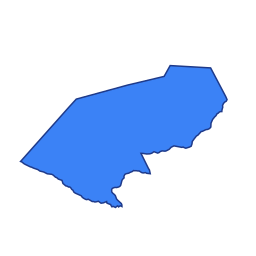 outline of Ipupiara, Bahia, Brazil, rotated 137°
{"feature_id": "56859067B89885481135396", "entity_name": "Ipupiara", "entity_type": "district", "adm_level": 2, "iso_a3": "BRA", "parent_name": "Brazil", "parent_adm1": "Bahia", "projection": "robinson", "projection_center": [-42.45, -11.837], "detail": "medium", "context": "isolated", "style": "filled", "palette": "blue", "viewbox_px": 256, "rotation_deg": 137, "n_neighbors": 0, "source": "geoboundaries", "source_scale": "gbopen_adm2", "svg_char_len": 1817}
<svg xmlns="http://www.w3.org/2000/svg" viewBox="0 0 256 256"><g transform="rotate(137 128 128)"><path d="M186.0,74.7L184.9,76.0L184.4,77.3L184.8,82.2L184.8,83.8L183.4,87.1L183.3,88.5L183.6,90.6L183.5,92.3L182.0,94.1L180.8,94.5L179.3,94.1L178.0,93.4L176.9,92.2L175.0,91.2L173.7,90.9L172.4,91.1L168.0,93.9L166.4,94.2L164.9,94.2L164.0,95.4L162.0,96.2L160.7,95.9L158.1,94.4L157.0,94.2L154.4,93.2L152.9,93.1L152.2,92.1L151.2,91.3L150.2,90.0L149.1,88.9L148.6,86.8L148.2,85.6L147.1,84.4L145.7,83.6L145.2,82.1L142.9,79.4L141.0,82.6L140.6,84.6L135.8,100.6L134.7,99.6L132.0,96.2L129.6,94.2L127.7,93.3L125.2,93.0L123.4,89.4L121.8,88.8L120.5,88.8L118.7,88.0L116.7,85.8L115.6,85.2L112.4,84.3L109.6,84.5L106.6,83.6L101.8,77.1L100.7,76.5L100.1,74.9L99.5,73.8L96.0,72.1L94.2,71.6L92.1,72.7L90.2,74.3L87.1,74.9L83.4,75.5L81.8,75.1L76.9,75.5L75.8,74.8L72.2,73.7L70.6,72.6L68.7,72.0L66.8,72.2L64.0,74.9L60.4,76.5L57.3,77.0L55.4,77.0L53.0,77.7L51.8,77.3L50.6,77.4L49.4,77.1L48.2,76.0L47.0,77.1L44.5,78.6L43.5,80.0L41.5,80.8L39.6,81.0L37.9,80.6L36.2,81.2L35.1,84.3L26.6,115.6L54.6,144.9L66.4,141.1L98.9,159.6L146.1,184.4L156.3,183.6L229.4,176.8L228.8,175.6L228.4,172.8L227.9,171.3L225.9,166.1L225.2,165.1L224.7,163.7L224.1,162.4L222.3,159.1L221.8,156.6L219.7,153.4L218.3,149.6L215.3,146.1L214.8,144.4L214.6,141.5L214.0,140.4L213.8,138.2L212.0,134.7L213.4,131.8L213.0,128.1L212.2,127.0L211.7,125.3L210.8,124.6L210.7,123.1L211.0,121.5L210.7,119.9L211.3,118.2L211.0,116.4L208.4,110.3L208.7,108.4L208.3,106.6L207.7,104.8L207.0,103.7L205.7,103.1L205.1,101.4L204.3,98.6L203.3,97.7L202.7,96.5L201.6,95.7L199.6,94.6L199.0,91.4L197.0,90.0L193.8,88.8L194.6,87.7L194.2,86.4L192.9,83.9L193.3,82.7L193.5,81.3L192.3,80.8L191.3,78.4L189.9,78.4L188.6,78.1L188.7,76.7L186.7,76.4L186.0,74.7Z" fill="#3b82f6" stroke="#1e3a8a" stroke-width="1.5"/></g></svg>